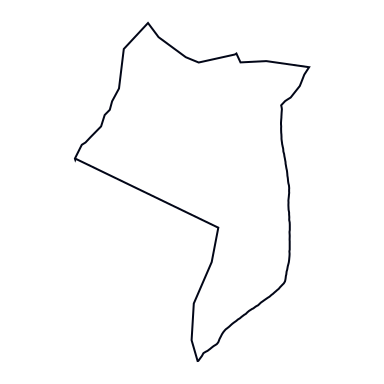 Quatre Chemins, Castries, Saint Lucia
{"feature_id": "8701671B54761121422893", "entity_name": "Quatre Chemins", "entity_type": "district", "adm_level": 2, "iso_a3": "LCA", "parent_name": "Saint Lucia", "parent_adm1": "Castries", "projection": "orthographic", "projection_center": [-60.975, 13.991], "detail": "fine", "context": "isolated", "style": "outline", "palette": "ink", "viewbox_px": 384, "rotation_deg": 0, "n_neighbors": 0, "source": "geoboundaries", "source_scale": "gbopen_adm2", "svg_char_len": 2487}
<svg xmlns="http://www.w3.org/2000/svg" viewBox="0 0 384 384"><path d="M148.0,23.0L123.8,49.0L119.0,88.5L112.1,101.3L109.8,109.8L104.7,115.0L101.1,126.4L90.5,137.2L85.5,142.5L81.8,144.8L74.9,158.6L75.3,159.8L75.7,158.8L218.3,227.7L211.7,262.1L193.8,303.5L191.6,340.2L197.6,361.0L198.3,360.9L202.1,355.7L202.8,354.3L203.5,353.1L204.0,352.8L205.5,351.9L206.4,351.4L207.5,350.9L209.3,349.5L210.0,349.0L211.8,347.5L213.6,346.1L215.6,344.9L216.8,344.1L218.2,342.4L218.8,341.0L219.2,339.9L219.6,338.9L220.8,336.6L222.0,334.2L223.3,332.2L224.6,330.6L225.4,329.7L225.9,329.2L226.5,328.8L228.9,326.9L229.8,326.1L230.4,325.5L232.3,323.8L234.0,322.5L236.3,320.9L237.9,319.5L239.9,318.3L241.5,316.9L244.4,314.7L245.7,314.0L246.2,313.5L247.5,312.2L248.0,311.8L248.9,311.0L251.4,309.4L251.8,309.1L253.3,308.4L255.8,306.5L257.6,305.5L258.1,305.3L258.7,304.7L261.0,302.5L262.9,301.2L263.7,300.6L265.4,299.4L267.0,298.3L267.7,297.8L269.5,296.7L271.5,294.9L272.9,293.9L274.2,292.7L275.0,292.0L276.2,291.0L276.7,290.5L278.9,288.7L279.8,287.5L282.3,284.9L283.8,283.4L285.0,281.4L285.4,279.6L285.6,278.4L285.9,275.9L286.3,274.4L286.6,271.6L287.2,269.6L287.8,266.2L288.1,265.1L288.4,264.0L288.8,262.4L289.1,260.2L289.2,259.2L289.5,256.0L289.6,253.9L289.4,251.3L289.7,249.7L289.7,247.2L289.7,245.5L289.7,244.2L289.7,241.8L289.7,241.3L289.6,239.8L289.7,236.5L289.7,235.3L289.5,231.9L289.8,230.0L289.8,228.4L289.8,225.8L289.8,224.6L289.7,222.4L289.2,220.0L289.3,217.1L289.1,214.6L289.1,212.6L289.0,211.9L288.6,209.8L288.4,205.0L288.5,202.6L288.4,200.5L288.8,196.8L289.0,194.5L289.2,192.8L289.1,191.9L289.1,191.1L289.1,189.3L289.2,188.2L289.1,187.2L289.0,185.8L288.9,185.2L288.4,183.3L288.1,181.3L287.8,178.0L287.6,176.8L287.5,176.3L287.4,175.6L287.3,174.0L287.1,172.0L287.0,171.1L286.8,170.0L286.4,168.3L285.9,165.3L285.6,163.8L285.5,161.9L285.3,161.0L284.9,158.6L284.4,156.2L284.2,154.7L284.1,154.0L283.9,153.3L283.4,151.6L283.2,148.8L282.6,146.2L282.4,145.1L282.2,144.4L282.0,142.7L281.9,142.0L281.5,139.0L281.5,136.9L281.4,134.5L281.2,132.7L281.1,129.4L281.1,127.7L281.2,127.0L281.1,125.3L281.0,124.2L281.0,122.7L281.2,119.8L281.4,117.6L281.4,116.7L281.5,115.1L281.6,113.0L281.9,109.3L281.8,108.5L281.7,107.7L281.2,105.3L282.2,104.2L285.1,101.1L287.2,99.7L290.7,97.5L294.8,92.3L299.8,86.0L301.1,82.8L304.3,74.6L309.1,67.2L266.3,61.1L240.5,62.4L236.9,54.6L236.4,53.5L234.9,54.5L233.1,54.9L200.1,62.2L198.7,62.5L192.3,59.9L185.8,57.2L158.6,37.2L148.0,23.0Z" fill="none" stroke="#020617" stroke-width="2"/></svg>